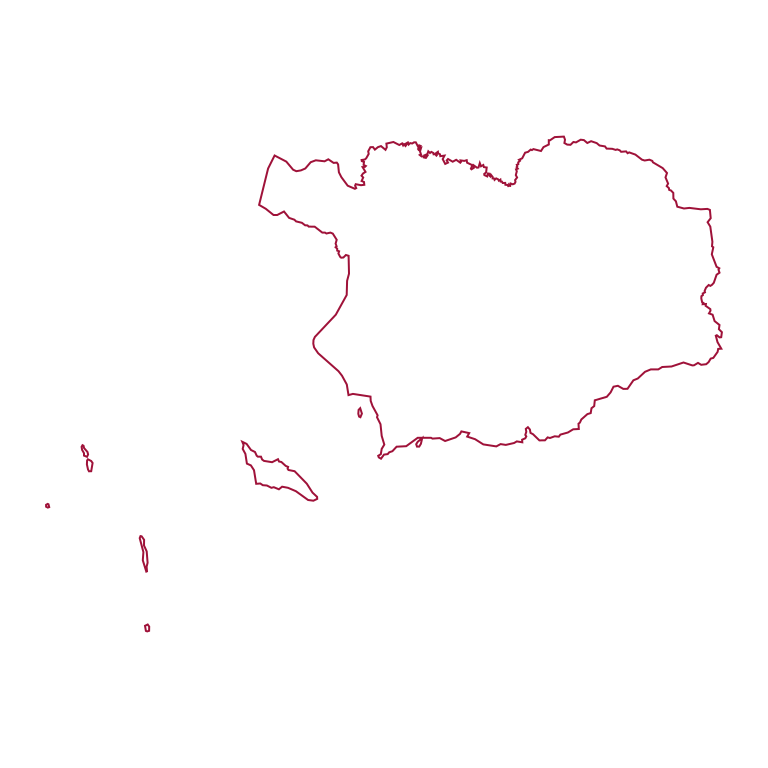 outline of Palian, Trang, Thailand
{"feature_id": "78962969B78626078629427", "entity_name": "Palian", "entity_type": "district", "adm_level": 2, "iso_a3": "THA", "parent_name": "Thailand", "parent_adm1": "Trang", "projection": "mercator", "projection_center": [99.742, 7.175], "detail": "fine", "context": "isolated", "style": "outline", "palette": "rose", "viewbox_px": 768, "rotation_deg": 0, "n_neighbors": 0, "source": "geoboundaries", "source_scale": "gbopen_adm2", "svg_char_len": 6108}
<svg xmlns="http://www.w3.org/2000/svg" viewBox="0 0 768 768"><path d="M348.5,395.1L352.9,393.9L370.5,396.6L370.7,400.9L372.5,406.0L377.6,415.3L377.0,417.2L380.5,424.2L381.7,435.9L384.3,444.6L381.7,448.9L380.8,454.2L378.2,455.8L378.8,457.4L381.0,458.7L384.0,454.6L387.7,454.1L389.2,452.3L392.4,451.2L396.6,446.7L406.2,446.2L417.7,437.8L431.0,437.8L432.5,438.6L439.7,438.1L445.1,441.0L455.7,437.4L460.0,433.9L461.4,431.4L469.2,433.1L467.2,436.6L475.1,439.2L483.3,444.4L496.3,446.4L500.6,444.1L505.8,444.9L514.1,443.0L516.8,441.4L522.3,442.3L522.1,439.7L525.3,438.3L526.3,436.4L525.3,434.9L526.3,431.8L525.8,428.9L527.9,427.2L529.9,429.5L530.5,432.9L533.0,434.2L539.4,440.4L545.0,440.3L547.6,437.4L550.0,438.0L554.7,436.3L558.8,436.7L560.4,434.6L567.9,432.5L573.2,429.3L578.8,429.0L578.5,423.7L579.9,422.6L581.3,419.5L587.4,414.1L590.7,413.1L591.5,408.2L594.2,406.1L594.8,400.3L606.8,396.8L610.6,392.4L613.5,386.7L617.9,385.8L623.3,388.9L627.5,388.8L633.4,380.3L637.8,378.5L645.0,371.8L650.8,369.4L658.3,369.4L662.2,367.0L671.5,366.5L683.5,362.5L692.3,365.4L694.0,365.3L698.0,362.9L701.2,364.8L706.2,364.2L708.6,362.1L710.7,358.6L713.3,357.9L717.6,351.9L718.2,348.9L721.3,348.7L717.5,342.1L715.8,335.7L716.8,335.2L719.6,337.4L721.2,337.2L721.9,332.2L718.9,329.2L719.5,325.0L714.6,321.1L712.6,314.7L709.0,313.4L710.5,310.7L710.3,309.1L705.6,305.8L705.9,304.0L702.8,304.2L703.3,302.8L702.2,302.5L701.3,298.5L701.4,296.2L702.9,295.1L702.7,293.5L705.0,292.3L704.6,291.0L706.0,287.7L708.7,285.0L710.3,285.9L711.9,284.9L713.8,282.8L716.6,274.7L719.5,272.7L718.5,269.7L719.3,268.3L716.6,266.8L711.8,254.3L713.3,247.3L712.0,246.3L712.4,241.8L710.3,226.6L707.6,222.2L710.7,218.2L709.9,209.9L707.4,208.9L700.8,209.3L689.4,207.9L684.0,208.5L677.3,206.7L675.9,201.3L673.4,198.6L673.3,192.9L671.0,190.5L669.2,189.9L668.9,188.1L666.7,186.1L668.1,183.6L665.5,177.4L667.0,173.0L662.7,168.1L652.9,162.3L652.3,160.9L649.4,159.7L644.7,160.5L642.0,159.7L635.4,154.6L629.2,152.4L627.6,153.2L626.1,151.4L621.1,151.8L619.7,150.3L617.2,149.4L615.7,149.9L612.2,148.8L606.6,148.6L605.0,146.4L599.5,145.5L596.7,143.1L591.1,141.2L587.3,143.0L583.9,140.1L580.7,139.7L576.0,142.4L573.4,142.0L570.5,144.8L567.2,144.6L564.4,143.0L565.0,139.7L563.9,136.6L554.7,137.1L550.0,140.3L548.8,140.2L548.8,144.5L543.5,147.1L541.0,151.0L533.4,149.1L531.9,150.1L530.7,149.6L528.0,151.9L525.1,152.7L522.2,158.3L519.0,159.8L520.0,160.8L518.2,162.4L518.3,164.2L516.8,164.8L517.3,166.2L516.6,167.1L517.8,168.6L516.0,169.3L516.8,171.3L515.8,175.1L517.1,177.5L515.1,180.1L515.5,181.9L514.6,183.6L512.8,184.3L510.6,183.5L510.3,185.3L509.4,184.7L509.6,185.8L508.4,185.6L508.7,186.8L507.4,184.9L505.4,184.8L505.2,182.9L502.7,183.0L501.9,181.6L500.7,181.6L500.4,179.6L498.9,180.7L498.1,179.3L496.2,178.4L494.6,179.8L494.3,178.6L492.6,178.4L492.7,177.0L490.9,174.7L490.4,176.5L489.6,175.8L489.0,173.6L487.9,173.5L487.2,176.4L484.4,175.1L484.2,174.0L486.1,172.4L486.7,167.5L483.9,167.1L483.3,165.0L481.0,166.3L479.8,163.1L478.5,167.5L477.0,167.7L473.8,165.4L473.9,167.8L471.5,169.3L470.9,168.7L472.4,165.2L467.1,162.7L466.7,160.2L464.3,160.9L460.6,160.4L461.0,161.8L460.3,162.7L456.2,159.8L452.7,161.7L448.0,159.0L446.7,160.4L448.0,162.6L445.2,163.9L442.7,159.1L444.5,155.6L440.3,156.2L440.0,154.3L438.2,153.4L437.9,151.8L436.0,153.2L436.9,155.0L436.4,155.6L435.1,154.1L433.6,154.3L433.4,153.0L431.3,151.9L430.0,153.0L428.3,151.3L427.3,154.1L425.7,154.8L427.6,155.4L425.9,157.9L424.1,157.5L424.7,156.1L421.7,156.5L419.8,155.0L421.0,154.4L420.0,151.4L421.1,147.8L419.0,148.6L419.2,150.7L418.1,149.0L420.5,145.9L419.1,145.3L417.9,146.4L415.8,142.3L414.1,142.3L412.2,143.5L410.2,143.1L408.7,144.5L407.9,142.4L405.7,143.7L406.6,144.5L405.5,146.0L403.9,144.2L403.1,145.4L402.1,143.4L399.3,145.0L393.4,142.0L386.4,143.6L386.8,147.3L385.5,149.8L381.0,146.1L378.0,147.1L374.9,149.6L373.0,147.1L370.4,147.2L368.2,151.3L368.7,153.9L366.2,158.3L364.8,159.5L361.6,160.0L361.8,161.1L364.0,161.9L363.6,164.9L365.8,166.0L364.9,166.9L362.6,167.1L365.5,171.9L363.0,173.5L361.5,175.7L363.2,177.5L361.6,181.0L364.0,182.0L364.3,184.8L361.0,185.2L355.7,184.2L355.1,185.7L356.2,188.1L354.9,188.8L347.7,185.7L341.4,177.2L338.9,172.3L338.1,164.4L336.8,162.6L333.6,162.9L328.3,159.3L324.6,161.3L315.8,160.3L310.7,162.2L305.3,168.5L300.9,170.4L296.3,171.2L293.1,169.7L286.3,161.6L274.6,155.5L268.1,168.5L259.1,204.9L265.8,208.8L273.5,215.0L277.2,215.0L284.0,211.5L289.1,217.9L294.4,219.7L296.1,221.4L301.9,222.8L305.1,225.3L307.5,225.4L308.7,226.6L314.7,226.7L322.3,232.6L325.0,232.6L326.4,233.5L330.4,232.6L332.8,233.6L336.7,239.8L335.6,243.6L336.6,246.3L335.6,247.2L337.2,248.7L337.2,250.6L339.1,251.3L338.4,253.5L340.2,256.9L341.2,257.7L343.4,257.5L345.9,255.0L348.6,255.8L349.0,273.7L347.1,280.8L346.7,295.0L335.8,314.7L314.9,336.9L313.5,340.0L313.3,343.7L314.1,347.4L318.2,353.3L338.5,371.2L342.0,375.7L346.8,384.5L348.5,395.1ZM246.6,443.9L242.3,441.8L243.6,445.0L242.7,448.9L245.4,453.9L246.9,463.6L250.9,465.4L254.0,470.2L256.2,483.8L260.3,483.5L262.8,485.2L266.9,485.5L271.4,487.8L273.8,487.2L278.9,489.3L282.1,486.7L288.0,487.8L295.9,491.2L308.1,500.0L313.4,500.7L317.2,498.9L317.1,496.9L312.5,492.6L306.8,483.7L294.6,471.2L288.5,470.0L287.6,468.7L288.1,466.9L285.7,465.9L281.4,462.0L279.0,461.5L278.0,459.2L272.1,462.2L264.0,460.9L262.1,459.5L261.0,456.7L257.9,456.7L256.7,455.7L255.0,452.0L251.0,450.0L246.6,443.9ZM147.0,571.3L146.6,566.7L147.6,562.8L146.7,551.4L144.0,545.5L144.1,539.8L141.6,536.3L140.5,536.1L139.7,538.1L143.4,552.1L142.8,560.3L146.3,571.6L147.0,571.3ZM89.0,471.3L91.2,471.2L92.6,463.0L91.2,461.0L87.9,459.3L87.1,460.5L86.9,464.4L88.0,469.4L89.0,471.3ZM87.0,456.8L88.1,454.5L87.5,452.0L84.1,448.1L83.5,445.7L82.5,445.2L81.6,446.8L82.1,449.9L84.0,453.2L84.0,455.6L87.0,456.8ZM419.2,446.6L420.9,443.8L422.2,438.1L417.7,441.8L416.2,444.2L417.0,446.6L419.2,446.6ZM360.4,417.2L361.9,413.6L360.2,408.2L358.6,409.9L358.3,413.8L359.1,416.6L360.4,417.2ZM147.2,631.4L149.1,630.8L149.2,626.6L147.7,624.5L145.0,625.8L145.9,630.9L147.2,631.4ZM49.2,507.1L48.5,504.3L47.7,503.9L46.1,504.8L46.1,506.7L47.8,507.6L49.2,507.1Z" fill="none" stroke="#9f1239" stroke-width="2"/></svg>